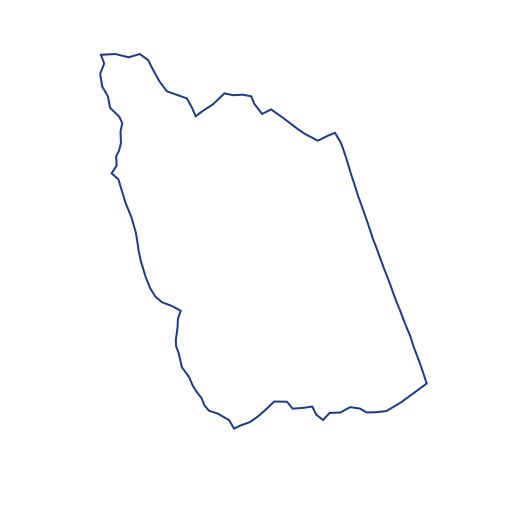 Mongaguá, São Paulo, Brazil (Natural Earth projection), rotated 282°
{"feature_id": "56859067B70576554205910", "entity_name": "Mongaguá", "entity_type": "district", "adm_level": 2, "iso_a3": "BRA", "parent_name": "Brazil", "parent_adm1": "São Paulo", "projection": "natural_earth1", "projection_center": [-46.666, -24.069], "detail": "fine", "context": "isolated", "style": "outline", "palette": "blue", "viewbox_px": 512, "rotation_deg": 282, "n_neighbors": 0, "source": "geoboundaries", "source_scale": "gbopen_adm2", "svg_char_len": 1501}
<svg xmlns="http://www.w3.org/2000/svg" viewBox="0 0 512 512"><g transform="rotate(282 256 256)"><path d="M166.8,449.5L183.6,439.6L200.3,428.9L209.5,423.7L217.1,418.4L224.5,413.5L233.7,407.6L240.6,402.8L247.5,398.4L255.7,393.4L270.7,383.6L281.6,376.7L290.8,371.0L297.5,366.5L305.1,362.2L313.0,357.5L328.9,347.8L335.6,343.6L342.8,339.5L348.5,336.3L354.6,332.6L367.5,325.6L376.5,320.4L384.6,315.4L392.9,307.6L388.1,300.6L381.6,292.5L385.6,278.5L389.0,270.1L397.0,253.2L402.5,240.3L396.2,232.4L404.5,222.7L411.2,218.2L411.0,209.3L408.6,200.7L408.5,191.3L395.2,182.2L386.4,173.3L380.1,167.9L387.7,162.6L395.8,155.6L397.3,144.2L398.6,134.5L406.9,125.1L417.4,116.0L425.2,109.8L429.4,100.4L423.9,90.2L424.3,76.4L420.6,62.5L412.7,67.5L401.7,65.7L389.9,70.3L381.3,78.0L370.7,82.4L363.8,93.3L358.1,97.6L349.6,97.6L338.5,100.4L330.7,100.1L324.3,98.5L315.6,100.9L306.9,97.6L302.3,105.5L280.9,117.3L268.3,125.9L254.2,133.5L246.5,136.5L236.5,140.2L227.6,144.2L212.7,152.3L202.3,159.3L195.1,166.3L191.2,173.9L189.7,183.8L186.8,193.7L178.5,192.7L169.2,194.2L157.4,195.0L151.3,196.5L145.0,200.5L131.7,206.7L123.6,215.8L116.0,221.1L111.2,225.8L105.5,232.4L99.3,236.5L94.9,242.2L93.9,251.3L89.8,263.9L82.6,270.4L87.0,276.1L92.1,284.4L99.0,290.9L108.2,297.8L117.4,304.0L119.9,316.6L114.3,323.6L117.4,334.2L120.4,342.3L113.2,348.1L109.5,355.7L117.8,360.6L120.4,371.0L127.7,379.4L128.4,389.3L126.0,396.6L127.7,404.4L131.5,415.9L143.3,428.6L159.8,443.3L166.8,449.5Z" fill="none" stroke="#1e3a8a" stroke-width="2"/></g></svg>